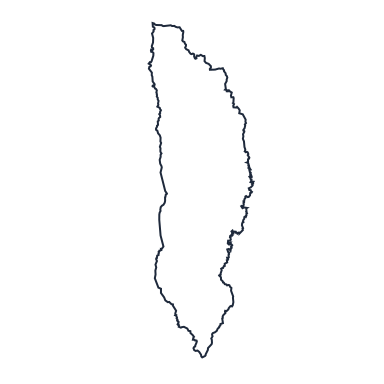 Barue, Manica, Mozambique, rotated 187°
{"feature_id": "85939544B78941967379031", "entity_name": "Barue", "entity_type": "district", "adm_level": 2, "iso_a3": "MOZ", "parent_name": "Mozambique", "parent_adm1": "Manica", "projection": "natural_earth1", "projection_center": [33.195, -17.955], "detail": "fine", "context": "isolated", "style": "outline", "palette": "slate", "viewbox_px": 384, "rotation_deg": 187, "n_neighbors": 0, "source": "geoboundaries", "source_scale": "gbopen_adm2", "svg_char_len": 6071}
<svg xmlns="http://www.w3.org/2000/svg" viewBox="0 0 384 384"><g transform="rotate(187 192 192)"><path d="M213.7,93.0L211.0,92.2L210.5,88.0L206.8,84.0L205.3,81.2L202.6,79.7L201.2,80.1L198.8,78.2L197.2,78.1L197.2,77.0L193.3,72.2L193.8,69.4L193.5,68.4L193.7,67.8L192.6,67.9L192.5,66.9L191.6,65.7L191.9,64.8L191.1,63.9L191.1,62.8L190.6,62.9L190.2,61.8L189.4,61.3L190.1,59.1L189.3,58.9L189.6,58.4L188.5,57.5L188.7,56.6L186.5,56.0L185.7,56.6L183.6,57.2L180.0,55.9L178.6,53.8L176.7,53.7L176.3,51.8L173.9,50.1L172.4,48.5L172.8,48.0L173.1,45.5L171.4,45.6L170.9,45.0L169.4,45.1L169.0,44.4L169.2,43.0L170.1,39.9L170.0,39.1L171.0,38.4L171.5,37.2L170.5,35.3L169.0,34.7L167.2,35.3L165.4,34.2L163.2,31.6L162.7,29.9L161.7,29.1L159.2,30.7L158.6,31.5L158.7,32.4L157.0,37.2L157.1,39.0L154.0,43.3L153.8,44.7L154.3,47.7L155.0,48.9L154.0,51.3L154.7,52.8L154.6,53.7L154.1,54.5L152.2,55.5L150.5,57.2L149.8,59.6L148.5,60.9L148.6,61.8L147.6,63.0L147.7,64.4L145.3,65.6L146.6,70.2L146.1,70.7L146.4,72.3L145.9,73.6L144.1,75.9L144.7,77.3L144.6,78.1L143.3,77.9L141.6,79.9L141.4,81.1L140.1,83.2L139.3,83.7L138.4,83.3L137.8,84.3L137.5,87.7L138.5,92.1L138.4,93.3L141.2,98.8L141.2,101.6L142.6,102.5L143.5,104.0L144.3,104.2L145.8,103.6L146.5,104.4L148.2,104.5L149.3,105.9L150.2,106.0L150.5,107.0L152.5,108.5L152.9,110.9L154.9,112.4L154.7,112.8L153.7,112.9L153.4,113.4L153.7,114.4L153.0,118.0L153.7,119.4L152.6,120.3L151.9,120.4L151.4,122.3L150.5,122.6L150.8,124.8L148.5,126.4L149.1,128.5L148.3,128.8L148.0,129.6L148.7,130.0L149.1,131.0L147.9,131.1L147.5,131.7L148.0,133.4L147.7,134.6L148.1,134.9L147.5,136.5L148.8,136.8L150.0,139.3L148.5,140.0L146.6,138.6L146.5,141.0L145.9,141.3L145.9,142.0L146.5,142.5L145.6,144.1L146.7,145.0L147.7,144.6L147.9,145.7L147.6,146.4L149.3,145.8L149.5,144.8L150.2,145.3L150.2,148.1L148.4,148.3L147.7,149.4L148.2,151.0L148.1,152.3L148.8,152.1L148.8,153.0L147.9,153.9L146.8,153.6L146.6,153.9L147.3,154.7L147.0,156.4L148.0,157.7L147.1,158.7L145.7,156.6L145.5,157.6L145.0,157.9L143.7,157.9L143.4,156.9L142.6,157.0L141.9,156.2L140.8,157.4L139.9,157.5L139.8,156.6L136.9,160.4L137.4,161.8L136.9,162.3L138.4,165.1L138.4,167.2L137.3,168.4L137.9,168.9L137.6,170.6L136.9,171.7L137.0,173.5L136.0,174.2L135.5,173.9L135.4,174.2L135.9,174.6L135.1,175.6L135.4,177.0L134.8,177.6L135.8,179.0L135.5,179.4L135.9,180.8L136.0,182.5L135.5,182.9L138.5,183.0L139.9,182.1L141.4,183.9L140.9,184.3L139.7,183.9L139.4,184.2L139.1,185.8L139.6,187.4L139.1,187.9L139.7,189.0L139.1,189.2L139.1,191.3L138.3,192.4L138.5,194.0L137.8,194.6L136.2,193.7L135.1,194.0L134.0,195.8L134.1,198.1L132.9,198.6L132.5,199.4L133.5,200.0L134.0,201.0L135.3,200.9L136.1,202.6L134.3,203.7L132.7,205.8L132.6,206.3L133.4,207.1L132.8,208.0L132.4,208.1L132.6,209.1L132.3,209.7L133.3,209.7L133.9,208.8L135.1,208.9L134.4,211.3L135.3,211.8L135.7,212.9L136.9,214.2L135.7,215.2L135.3,214.8L135.6,214.1L134.6,214.0L134.6,214.5L135.6,216.4L136.3,216.5L136.0,218.2L136.3,218.5L136.8,218.3L137.8,220.9L136.6,221.4L137.2,222.1L137.8,222.1L137.8,222.7L138.9,222.8L138.9,223.7L138.3,223.9L138.7,225.4L139.4,225.6L139.3,226.7L140.2,227.8L141.2,228.0L140.0,228.7L140.4,231.1L139.9,232.4L139.4,232.3L139.3,233.2L141.2,235.4L140.7,236.5L141.5,238.1L142.3,238.5L143.5,238.0L144.4,238.7L144.0,239.0L144.4,239.7L144.3,240.8L145.4,243.0L146.6,248.6L148.0,251.0L147.8,253.5L148.4,255.6L147.4,258.2L147.6,258.9L148.5,259.2L148.6,259.9L147.6,261.7L147.3,264.5L147.8,265.5L146.8,267.0L147.5,268.1L147.6,270.4L151.1,275.3L154.7,275.9L154.6,278.9L155.9,280.5L157.7,282.0L158.3,281.2L161.1,281.1L161.6,282.5L161.0,284.4L162.1,285.2L161.8,285.5L162.1,290.3L162.5,291.1L164.5,290.8L165.1,292.4L164.7,295.6L166.6,296.4L167.6,297.4L168.1,297.4L168.5,296.3L169.8,296.2L170.1,297.5L171.6,297.6L171.0,298.5L172.3,303.3L171.1,306.3L171.3,307.8L170.9,309.9L171.5,311.2L172.8,312.4L173.1,313.9L174.9,315.7L175.0,316.7L176.0,317.6L176.5,318.6L178.7,317.8L180.2,317.9L184.0,316.3L189.1,315.5L189.3,316.3L188.4,317.7L188.6,319.2L191.1,321.2L193.9,321.9L195.5,323.4L195.6,326.5L196.3,328.5L197.8,328.2L200.0,329.2L201.8,327.9L203.6,328.1L204.2,326.3L203.9,325.2L204.8,324.7L205.4,325.0L206.4,326.8L206.5,328.5L207.0,329.2L208.0,329.5L209.1,328.8L210.2,329.0L211.9,330.7L212.7,332.2L215.1,333.0L216.4,334.4L215.8,336.2L215.9,337.4L217.1,338.4L217.8,340.0L219.3,340.4L220.1,341.2L219.9,344.5L220.3,346.6L220.1,349.8L220.4,350.8L221.7,350.7L224.4,354.0L226.5,353.6L228.6,354.0L229.6,354.7L232.0,354.3L233.4,354.9L240.3,353.2L241.5,353.3L242.4,353.9L247.9,353.4L249.2,353.7L250.1,354.6L251.7,354.9L251.0,351.3L249.5,350.7L249.1,350.0L249.1,348.9L250.0,348.0L249.7,346.6L251.0,344.4L249.3,340.2L248.9,335.6L249.7,331.9L249.3,330.5L248.1,330.0L247.9,328.9L248.5,328.1L249.9,328.3L250.0,327.4L249.6,326.2L248.2,326.1L247.2,325.2L247.0,322.5L248.1,316.7L248.6,315.8L249.6,315.8L250.6,314.1L248.7,313.3L248.1,312.5L248.4,311.7L249.6,311.0L249.8,309.1L246.4,305.6L246.2,303.0L245.4,301.7L244.5,296.9L242.2,294.4L242.2,293.7L243.8,292.9L244.1,292.3L243.7,291.9L242.4,292.0L241.3,290.2L240.2,289.8L239.3,288.6L239.5,286.4L239.0,285.8L239.0,284.9L238.5,284.0L238.6,282.5L237.5,281.3L237.3,279.7L236.3,278.4L236.5,275.7L236.0,274.4L236.8,272.5L234.3,271.6L233.6,270.1L232.8,269.4L233.5,267.4L233.2,266.4L234.0,265.3L233.1,264.3L232.7,262.6L233.8,261.4L234.1,260.4L233.7,258.9L234.6,257.9L233.9,254.5L234.8,253.5L234.6,252.7L235.4,250.8L235.4,249.9L235.0,249.1L233.9,248.7L232.8,246.1L230.9,244.4L229.8,242.1L229.5,238.3L228.6,236.9L229.4,232.9L228.6,231.6L228.4,228.7L227.8,227.3L227.0,226.6L227.7,225.1L227.4,223.0L228.0,220.0L227.0,216.2L225.4,213.9L225.0,212.6L225.6,207.5L218.7,189.7L216.7,187.4L216.9,186.8L217.7,186.3L217.8,183.8L218.1,183.5L217.6,179.9L217.8,178.0L218.8,175.8L220.2,174.7L221.2,173.1L221.3,170.4L220.9,169.4L221.6,167.6L221.7,165.7L221.1,160.4L217.9,145.0L213.7,134.4L215.2,131.7L215.8,131.7L215.4,130.6L217.2,129.8L217.1,129.2L217.8,128.6L217.4,127.5L217.8,127.0L217.5,125.4L218.8,124.6L218.8,122.1L219.4,121.8L219.4,121.0L218.4,119.2L219.4,115.5L218.3,112.8L218.8,109.6L218.1,105.6L218.4,101.9L213.7,93.0Z" fill="none" stroke="#1e293b" stroke-width="2"/></g></svg>